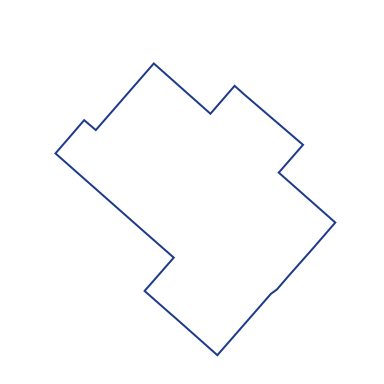 the district of Van Buren, Arkansas, United States of America, rotated 40°
{"feature_id": "52423323B92305544895329", "entity_name": "Van Buren", "entity_type": "district", "adm_level": 2, "iso_a3": "USA", "parent_name": "United States of America", "parent_adm1": "Arkansas", "projection": "robinson", "projection_center": [-92.496, 35.577], "detail": "fine", "context": "isolated", "style": "outline", "palette": "blue", "viewbox_px": 384, "rotation_deg": 40, "n_neighbors": 0, "source": "geoboundaries", "source_scale": "gbopen_adm2", "svg_char_len": 421}
<svg xmlns="http://www.w3.org/2000/svg" viewBox="0 0 384 384"><g transform="rotate(40 192 192)"><path d="M316.3,300.7L317.9,219.3L319.7,212.0L319.9,195.8L320.9,156.7L321.4,123.3L246.0,121.4L246.7,84.5L169.7,83.7L156.4,83.3L155.8,120.2L80.1,118.1L78.5,206.4L63.2,206.3L63.0,224.4L62.6,250.2L182.9,253.2L220.2,254.0L219.3,298.3L253.9,299.1L257.4,299.1L316.3,300.7Z" fill="none" stroke="#1e3a8a" stroke-width="2"/></g></svg>